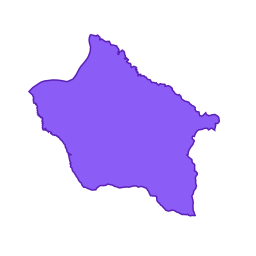 Eselnita, Mehedinti, Romania, rotated 170°
{"feature_id": "2599482B71409986806106", "entity_name": "Eselnita", "entity_type": "district", "adm_level": 2, "iso_a3": "ROU", "parent_name": "Romania", "parent_adm1": "Mehedinti", "projection": "orthographic", "projection_center": [22.261, 44.728], "detail": "fine", "context": "isolated", "style": "filled", "palette": "violet", "viewbox_px": 256, "rotation_deg": 170, "n_neighbors": 0, "source": "geoboundaries", "source_scale": "gbopen_adm2", "svg_char_len": 5824}
<svg xmlns="http://www.w3.org/2000/svg" viewBox="0 0 256 256"><g transform="rotate(170 128 128)"><path d="M191.3,112.6L191.1,111.2L191.0,105.9L190.8,104.7L190.4,103.6L191.3,102.8L190.8,102.0L190.7,101.5L191.3,100.2L191.1,99.3L190.3,98.6L190.1,96.5L190.1,95.7L189.7,94.7L188.7,93.4L188.0,91.2L187.6,90.7L187.3,89.1L186.6,88.2L186.0,86.7L185.7,85.0L184.7,83.2L183.7,82.1L183.0,79.2L181.7,77.3L179.9,76.9L178.3,75.5L176.4,74.5L175.0,73.5L173.9,73.1L170.4,72.7L169.5,74.0L166.1,75.9L164.9,76.1L161.9,75.5L160.4,75.4L159.3,75.6L157.7,76.3L153.1,74.4L151.4,72.9L149.0,71.9L147.2,70.6L144.8,70.4L143.0,70.5L140.5,70.2L139.5,70.2L137.2,69.5L136.0,69.8L134.9,69.7L133.9,69.9L131.8,69.9L129.7,69.4L129.2,69.1L128.6,68.2L128.2,68.0L126.8,68.2L124.4,68.0L120.6,65.6L120.2,65.2L119.7,64.1L119.5,63.2L118.8,62.2L117.9,58.4L117.5,57.4L116.1,57.2L115.4,56.7L114.0,56.6L111.9,55.7L111.9,55.2L111.8,54.7L112.1,51.9L111.8,50.7L111.2,49.6L109.9,47.9L109.2,46.4L107.8,45.1L106.9,43.3L106.1,42.5L105.2,40.6L102.7,39.2L100.0,39.2L99.3,39.7L96.4,38.5L95.2,37.2L94.2,36.5L92.3,35.7L92.1,35.2L89.7,33.4L88.5,33.3L87.6,33.0L86.4,32.8L85.3,32.4L84.2,32.7L83.8,31.9L83.0,31.3L81.8,30.7L80.0,30.8L78.3,30.3L77.5,30.4L76.8,29.7L77.3,31.1L77.6,33.0L77.7,34.3L78.3,35.6L78.0,36.6L77.6,40.1L76.7,43.2L76.8,44.3L76.6,45.1L76.6,46.0L76.8,46.7L76.7,47.7L77.0,49.6L76.3,50.8L75.3,51.7L74.0,54.8L71.7,56.8L71.5,57.7L70.8,58.5L70.6,59.3L70.9,60.6L70.9,62.4L70.6,63.5L70.6,64.2L70.3,64.8L70.4,65.7L70.3,67.3L69.5,68.7L67.9,70.1L67.8,71.0L67.6,71.6L68.1,72.2L68.6,73.5L69.8,74.1L70.1,74.6L69.5,75.4L69.2,78.1L68.7,79.8L69.2,81.2L70.1,81.9L70.8,83.4L70.6,84.3L70.6,85.9L73.2,88.6L73.6,89.7L74.7,91.2L73.2,91.9L73.0,93.5L72.7,93.8L72.8,94.2L72.1,94.9L71.3,96.4L69.8,97.7L69.2,98.8L68.3,99.3L67.0,100.5L65.0,103.8L65.0,104.3L65.8,105.1L66.4,106.2L66.5,107.2L66.1,108.2L65.8,108.5L65.0,108.6L64.1,108.2L63.0,110.3L61.6,111.9L60.2,113.2L58.9,113.8L57.0,113.9L55.9,113.7L53.3,114.3L51.2,114.2L49.8,113.8L49.1,112.2L48.1,112.4L46.8,113.2L45.7,113.3L43.0,110.8L42.9,111.8L42.0,113.3L41.6,114.5L41.1,115.5L41.2,117.3L39.0,116.9L38.2,117.4L37.4,118.1L37.0,118.8L36.8,119.5L36.9,120.5L36.8,121.9L36.9,122.9L37.9,124.4L40.0,126.2L42.7,126.4L45.6,126.0L46.5,126.1L46.9,126.7L48.3,127.4L48.8,129.5L52.3,127.1L53.4,127.0L55.2,127.6L55.4,131.5L56.8,132.0L57.4,132.0L58.6,133.7L58.7,134.3L58.5,135.3L58.6,135.8L58.3,136.6L59.9,138.4L61.4,139.3L62.1,140.5L63.1,141.2L63.5,142.8L67.4,144.7L69.9,146.9L70.3,148.3L70.4,149.8L70.5,150.3L70.9,150.5L71.7,152.0L73.1,151.8L75.5,153.5L76.7,156.2L77.1,156.4L77.1,156.7L77.7,157.5L77.8,158.1L77.6,158.4L77.5,159.4L78.1,159.8L78.2,160.3L78.8,160.8L79.3,161.6L80.7,162.5L81.4,162.7L84.2,162.6L83.9,164.3L84.1,164.6L87.7,165.4L88.1,165.9L88.6,166.1L89.4,165.5L90.6,164.9L91.1,166.1L91.8,166.4L92.4,167.7L93.3,167.6L94.0,167.9L94.6,168.4L97.0,168.8L97.2,170.0L97.6,170.6L97.6,171.2L97.8,171.6L99.9,172.3L100.2,172.6L100.9,173.6L101.1,174.6L101.5,175.0L102.6,175.4L102.9,176.4L104.2,176.9L106.0,176.9L106.3,177.1L106.4,177.4L106.0,178.1L106.1,178.5L106.5,178.8L107.8,178.7L108.5,177.7L108.8,177.6L108.9,177.8L108.9,179.3L108.5,181.2L108.6,181.4L108.9,181.5L109.4,181.2L109.7,181.5L109.9,182.0L109.5,182.9L109.5,183.2L109.1,183.7L109.1,183.9L110.1,183.9L110.4,184.0L110.5,184.3L110.4,184.7L109.4,185.5L109.1,185.9L109.8,186.7L111.5,187.7L112.4,187.5L113.0,187.1L113.6,187.0L114.0,187.2L114.4,187.6L114.2,189.0L114.2,189.9L114.3,190.7L114.6,191.2L115.0,191.5L116.2,191.6L116.8,192.7L117.9,193.2L117.8,193.7L117.4,194.1L115.9,194.8L115.8,195.3L117.4,197.3L117.7,197.3L118.0,196.5L118.3,196.2L118.9,196.4L119.2,197.0L118.3,197.8L118.1,198.3L118.1,199.9L118.5,200.7L118.4,203.1L118.8,204.3L119.1,204.4L120.1,205.7L120.4,205.6L121.3,204.8L123.0,204.7L124.1,202.5L124.4,202.2L124.9,202.2L125.0,202.7L124.7,203.9L124.3,205.1L123.3,206.5L123.9,208.2L124.6,209.1L124.6,209.5L124.9,210.7L128.0,212.2L130.4,212.8L130.6,214.2L131.4,215.8L131.3,216.5L131.5,216.6L131.9,216.2L132.4,216.6L133.3,216.9L133.6,216.9L134.5,216.6L136.7,218.3L137.9,219.8L138.2,219.8L138.7,220.2L139.2,219.9L140.5,219.8L140.4,220.7L140.0,221.2L140.0,222.4L140.9,223.3L141.7,224.7L142.8,224.5L143.6,224.1L144.6,224.7L148.6,226.3L149.3,225.7L150.1,224.4L150.9,222.0L151.2,219.4L150.8,214.2L152.0,209.8L154.4,205.6L155.9,203.7L159.1,200.7L163.9,196.7L165.8,194.6L169.6,189.7L172.7,186.6L174.0,185.6L179.9,184.2L185.9,186.4L189.1,187.4L193.9,188.4L202.2,188.8L205.4,188.3L207.2,187.7L214.6,184.4L219.2,181.1L216.1,176.8L216.1,176.2L215.7,175.0L215.8,175.0L215.7,174.6L215.8,174.4L216.0,173.6L215.9,172.9L216.4,172.3L216.3,171.9L216.5,170.6L216.4,169.1L216.2,168.7L215.3,168.7L214.3,167.7L214.8,167.1L214.0,166.5L213.6,165.5L213.5,164.2L214.2,163.8L214.2,163.3L214.0,162.1L214.3,160.9L214.1,160.1L214.6,158.8L214.5,158.4L214.0,157.8L214.1,157.5L214.0,156.9L214.5,156.6L214.3,156.4L213.8,156.4L213.2,156.2L213.0,155.4L213.5,155.6L213.4,155.0L212.5,154.6L211.5,153.7L212.2,153.6L212.1,153.4L210.5,152.5L210.7,151.0L211.2,150.8L211.5,149.6L210.7,149.1L210.7,148.9L210.9,148.5L211.3,148.4L211.2,147.6L211.6,147.2L211.1,146.7L211.8,145.6L211.7,144.7L212.2,143.4L212.2,142.6L211.9,141.6L212.5,141.1L211.5,141.3L210.9,140.8L210.3,141.5L209.2,141.8L209.2,141.6L209.8,141.0L209.4,141.1L209.3,140.5L208.9,140.6L208.7,140.2L209.0,139.9L208.3,139.5L207.5,138.7L207.1,137.9L206.7,138.5L205.1,137.7L204.5,137.2L204.4,136.9L205.0,136.1L204.8,135.9L204.6,136.1L204.3,135.7L204.3,135.4L203.7,135.1L203.2,134.2L201.7,134.0L201.7,133.7L201.0,133.3L200.1,133.4L199.1,131.9L198.6,131.6L198.2,131.7L198.1,131.0L197.6,130.7L196.9,129.1L195.3,126.8L194.9,126.4L193.8,123.6L193.0,122.4L192.9,119.5L192.8,119.2L192.5,118.8L192.1,117.3L192.2,116.2L191.9,114.6L191.6,114.2L190.9,113.8L190.5,113.0L188.7,111.5L188.9,111.4L189.4,112.0L191.0,112.8L191.3,112.6Z" fill="#8b5cf6" stroke="#5b21b6" stroke-width="1.5"/></g></svg>